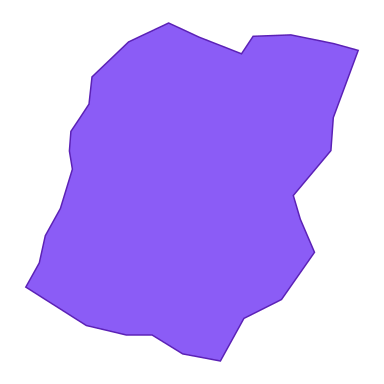 outline of Deneia, Nicosia, Cyprus
{"feature_id": "46923920B18797471860683", "entity_name": "Deneia", "entity_type": "district", "adm_level": 2, "iso_a3": "CYP", "parent_name": "Cyprus", "parent_adm1": "Nicosia", "projection": "mercator", "projection_center": [33.146, 35.18], "detail": "fine", "context": "isolated", "style": "filled", "palette": "violet", "viewbox_px": 384, "rotation_deg": 0, "n_neighbors": 0, "source": "geoboundaries", "source_scale": "gbopen_adm2", "svg_char_len": 483}
<svg xmlns="http://www.w3.org/2000/svg" viewBox="0 0 384 384"><path d="M25.8,287.1L86.3,325.5L126.3,335.0L152.1,335.0L182.7,353.9L220.4,361.0L243.9,318.4L281.5,299.5L314.5,252.3L300.3,219.2L293.3,195.5L330.9,150.6L333.3,117.6L358.2,50.4L333.7,43.6L290.9,34.9L253.1,36.3L241.5,53.8L199.2,37.2L168.6,23.0L128.6,41.9L92.0,76.9L89.0,104.1L80.0,117.8L70.9,131.4L69.4,151.0L72.4,169.2L60.4,208.5L45.3,235.7L39.3,262.9L25.8,287.1Z" fill="#8b5cf6" stroke="#5b21b6" stroke-width="1.5"/></svg>